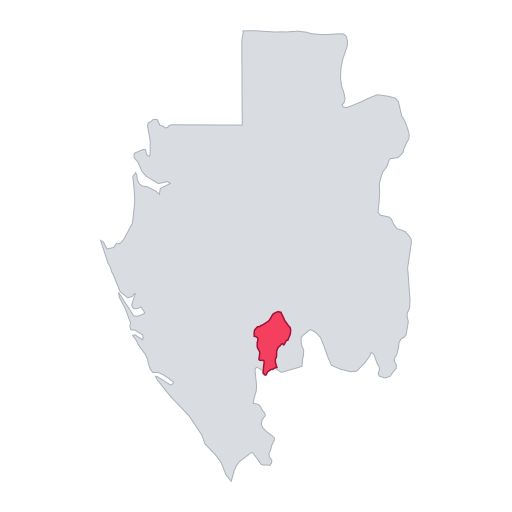 Boumi-Louetsi, Ngounié, Gabon (highlighted)
{"feature_id": "22940354B74910664495270", "entity_name": "Boumi-Louetsi", "entity_type": "district", "adm_level": 2, "iso_a3": "GAB", "parent_name": "Gabon", "parent_adm1": "Ngounié", "projection": "equal_earth", "projection_center": [11.888, -2.012], "detail": "fine", "context": "in_parent", "style": "filled", "palette": "rose", "viewbox_px": 512, "rotation_deg": 0, "n_neighbors": 0, "source": "geoboundaries", "source_scale": "gbopen_adm2", "svg_char_len": 5466}
<svg xmlns="http://www.w3.org/2000/svg" viewBox="0 0 512 512"><path d="M347.5,40.9L347.3,46.0L343.0,58.4L341.0,67.9L340.5,78.1L341.7,86.3L343.7,92.1L345.1,98.5L344.0,102.9L342.0,104.8L343.4,107.1L346.5,107.6L351.8,105.7L359.9,102.3L370.5,97.4L377.5,94.7L389.1,96.4L395.3,98.2L398.4,101.7L401.8,116.3L403.5,118.5L406.3,124.8L408.7,132.2L409.2,136.0L408.9,138.7L406.6,142.8L403.9,148.7L403.0,152.3L400.8,155.0L398.0,157.6L390.3,158.7L389.1,160.2L386.9,166.6L382.8,171.9L381.0,177.0L379.3,183.7L379.7,192.1L378.9,204.1L378.0,212.3L380.1,215.1L389.3,217.1L391.1,218.7L393.5,223.8L396.7,228.5L405.1,231.5L408.4,235.1L411.1,239.1L411.4,242.4L409.5,255.4L407.6,268.0L408.4,277.6L409.0,286.7L410.0,300.0L409.6,308.1L407.2,313.0L407.2,316.9L408.3,321.6L406.2,334.5L404.8,336.7L401.0,339.1L399.0,342.6L398.4,348.1L396.4,355.5L394.3,358.3L394.3,361.7L396.3,364.3L396.3,368.2L392.5,372.8L390.2,376.3L385.2,378.0L379.4,376.2L378.1,373.6L379.5,369.6L379.0,366.4L377.0,363.0L373.9,354.4L371.2,352.5L369.7,356.1L365.0,362.7L356.7,371.1L350.9,371.8L340.3,369.2L331.3,365.2L327.1,355.3L324.4,347.1L320.6,337.6L316.3,333.0L311.8,330.1L309.7,329.9L303.2,335.2L301.2,337.3L301.2,341.8L301.8,345.9L302.8,347.9L303.7,350.6L303.5,354.8L302.4,360.3L302.0,366.4L281.4,372.4L277.9,370.2L275.3,367.5L272.2,368.0L263.3,371.1L260.0,368.9L256.7,367.3L255.2,368.6L255.1,371.3L256.6,385.6L256.2,391.1L254.1,398.2L253.1,403.1L258.5,404.5L260.5,406.7L262.4,410.3L265.1,413.7L265.2,415.7L262.3,419.5L261.2,424.1L262.7,427.7L266.4,431.5L271.8,435.4L274.4,438.0L274.2,440.3L271.7,445.4L270.7,449.6L269.0,453.4L269.3,456.9L271.8,460.2L271.5,463.2L269.8,465.4L266.5,464.9L263.6,465.2L261.1,464.3L253.1,453.0L251.3,452.6L239.7,461.4L236.8,465.0L234.4,470.1L231.2,481.3L225.9,474.8L221.4,462.9L216.1,455.6L204.9,443.8L201.9,435.1L189.1,415.9L170.7,396.7L157.5,380.1L155.5,376.4L157.7,376.8L170.5,385.1L172.3,384.2L173.7,382.3L168.2,378.0L162.9,374.6L158.0,372.4L153.0,372.6L150.2,369.1L148.4,363.7L147.5,359.2L145.3,354.4L138.2,344.5L136.5,340.7L132.7,335.5L135.0,334.8L142.6,339.8L143.2,337.8L142.6,334.9L135.0,330.1L130.9,329.8L129.9,326.5L130.5,322.7L125.1,308.3L119.4,297.5L118.5,292.4L133.7,315.8L135.8,316.2L138.5,316.0L144.7,313.4L143.5,310.3L140.7,306.9L138.0,308.4L134.4,308.8L132.5,307.4L131.7,305.0L135.2,293.6L133.7,294.2L132.5,296.2L130.6,297.1L127.6,297.7L120.1,291.6L113.5,275.2L111.7,271.8L109.9,266.1L108.2,263.8L100.6,240.4L103.5,242.1L107.0,248.9L113.7,247.5L116.3,243.6L118.6,243.7L121.0,242.8L123.9,239.1L132.5,223.0L134.8,201.8L134.1,189.2L132.8,176.6L135.7,172.6L136.8,175.3L137.3,179.7L138.7,183.0L141.8,186.0L147.5,186.8L156.3,191.4L159.4,194.3L160.3,188.5L170.4,183.4L167.4,181.6L158.3,183.6L146.0,176.1L141.9,171.3L138.0,162.3L134.0,157.5L134.3,153.3L143.2,149.4L145.6,149.8L146.5,154.5L148.9,156.4L149.8,155.8L150.2,151.8L150.2,141.1L147.5,125.7L148.4,122.8L150.8,121.7L153.0,119.7L154.5,119.3L157.5,119.7L159.0,123.2L159.8,125.2L162.9,126.1L165.4,128.0L167.5,127.5L169.3,125.2L171.9,124.8L180.0,124.8L187.3,124.9L202.0,124.9L216.6,125.0L231.2,125.0L242.2,125.1L242.2,116.3L242.1,102.8L242.0,86.8L242.0,71.4L241.9,57.3L241.9,40.5L242.5,35.7L243.2,33.7L242.9,30.9L254.2,30.7L274.7,32.0L283.7,31.8L286.2,32.0L297.4,31.2L306.4,32.2L310.3,33.4L313.8,34.0L324.6,34.7L338.8,33.8L343.6,34.0L346.2,36.4L347.5,40.9Z" fill="#d9dde1" stroke="#a8b0b8" stroke-width="1"/><path d="M281.1,312.3L280.5,312.2L279.8,312.2L279.3,311.9L278.8,311.6L278.3,311.6L277.3,311.9L276.4,312.3L275.1,312.8L274.0,313.5L273.2,313.9L272.3,315.2L269.5,320.0L268.9,320.7L267.0,322.1L264.8,323.5L263.3,324.5L262.3,325.1L261.5,325.3L260.9,325.5L260.4,325.8L260.0,326.3L259.6,326.6L259.2,326.8L258.7,326.8L258.2,326.6L257.7,326.7L257.2,327.1L256.7,327.5L256.4,328.0L255.7,328.8L255.0,329.4L254.6,330.1L254.4,330.8L254.3,331.6L254.2,332.4L254.2,333.3L254.1,334.3L254.2,335.4L254.2,336.3L254.7,336.3L255.3,336.5L256.2,336.8L257.0,337.3L257.5,337.9L257.8,338.5L257.9,339.7L257.8,340.5L257.5,341.6L257.2,342.6L257.2,343.8L257.2,344.9L257.2,346.2L257.4,347.4L257.8,348.5L258.5,349.6L259.5,351.5L259.7,352.2L259.7,353.4L259.6,354.3L259.5,355.2L259.4,356.2L259.3,357.1L259.1,357.9L258.9,358.7L259.0,359.6L259.6,360.2L260.6,360.4L261.3,360.4L262.2,360.4L263.0,360.3L263.7,360.5L264.1,361.4L264.1,362.5L264.0,363.6L263.8,365.0L263.6,366.2L263.5,367.9L263.3,370.6L263.0,372.8L263.1,373.1L264.7,374.9L265.8,375.1L266.6,373.9L267.0,373.1L267.7,371.8L268.2,371.4L269.6,370.5L270.3,369.9L271.1,369.4L272.4,369.5L273.7,368.8L274.6,368.1L275.9,367.5L276.9,367.4L276.8,367.0L276.6,366.4L276.4,365.6L276.0,364.5L275.8,363.7L275.5,362.8L275.4,362.0L275.3,360.5L275.3,359.5L275.4,358.9L275.8,358.2L276.2,357.6L276.4,356.9L276.5,356.2L276.6,355.2L276.6,354.4L276.6,353.5L276.6,352.6L276.6,351.7L276.9,350.5L277.3,349.3L277.7,348.4L278.0,347.8L278.5,347.1L279.0,346.6L279.4,346.4L279.8,346.1L280.2,345.6L280.6,345.0L281.0,344.5L281.6,344.0L282.1,343.7L282.5,343.7L282.9,343.9L283.0,344.4L283.4,344.8L283.8,344.9L284.2,344.5L284.6,343.8L285.1,342.8L285.3,342.3L285.7,341.6L286.1,341.0L286.4,340.5L286.8,340.2L287.3,340.3L287.7,340.3L288.2,339.4L288.5,338.5L288.9,337.3L289.3,336.6L289.7,335.6L290.0,335.0L290.2,334.2L290.4,333.2L290.5,332.4L290.6,331.5L290.6,329.4L290.3,328.3L290.1,327.4L288.6,325.9L288.1,325.4L287.6,324.3L286.9,323.5L286.5,322.9L285.9,322.2L285.0,320.9L284.4,319.9L284.0,318.8L283.3,317.3L282.5,315.7L282.2,314.8L281.8,314.2L281.4,313.6L281.2,312.9L281.1,312.3Z" fill="#f43f5e" stroke="#9f1239" stroke-width="1.5"/></svg>